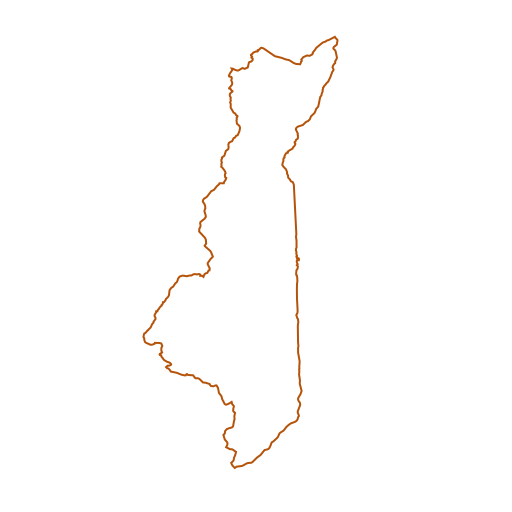 Guamal, Meta, Colombia, rotated 257°
{"feature_id": "7082276B65366960743298", "entity_name": "Guamal", "entity_type": "district", "adm_level": 2, "iso_a3": "COL", "parent_name": "Colombia", "parent_adm1": "Meta", "projection": "robinson", "projection_center": [-73.928, 3.941], "detail": "fine", "context": "isolated", "style": "outline", "palette": "amber", "viewbox_px": 512, "rotation_deg": 257, "n_neighbors": 0, "source": "geoboundaries", "source_scale": "gbopen_adm2", "svg_char_len": 6099}
<svg xmlns="http://www.w3.org/2000/svg" viewBox="0 0 512 512"><g transform="rotate(257 256 256)"><path d="M100.3,197.5L95.3,195.4L94.7,194.7L94.3,193.4L94.3,191.2L93.8,188.4L92.3,186.5L90.0,185.6L89.0,184.0L84.2,184.3L81.1,186.0L80.2,186.1L78.5,185.6L76.4,183.9L73.7,187.1L72.9,189.5L69.6,192.5L66.4,190.8L64.4,189.2L62.7,188.6L61.5,187.8L60.0,185.3L57.4,185.8L54.3,187.6L55.1,189.7L54.6,194.6L54.8,196.3L55.9,199.9L56.1,201.8L55.6,204.9L56.0,206.2L59.3,211.5L61.1,215.7L65.0,220.7L65.0,223.8L65.3,224.9L66.2,226.1L68.0,227.5L70.8,229.3L71.5,231.3L74.2,236.0L74.8,236.7L77.5,238.7L78.3,239.7L79.7,243.6L82.7,247.3L84.2,250.1L85.1,252.4L85.6,256.6L86.3,258.5L87.6,259.8L89.5,260.8L90.3,261.7L91.1,261.9L93.9,261.4L95.4,261.8L100.5,265.3L101.6,265.7L103.4,265.7L105.4,264.8L107.3,264.8L108.6,265.6L111.4,268.3L114.3,270.1L121.5,269.9L123.0,270.2L124.5,270.8L130.7,271.3L134.4,272.4L136.0,272.5L136.6,273.0L138.2,273.2L143.4,274.8L152.5,275.3L156.9,276.3L158.8,277.1L162.6,277.6L178.4,281.0L182.2,282.4L185.0,282.7L186.4,282.2L189.4,282.0L191.1,283.5L193.1,284.2L205.5,286.4L215.0,288.5L220.0,289.8L221.9,290.6L225.7,291.3L227.2,291.4L227.7,291.1L228.1,291.4L229.3,291.0L233.0,292.2L234.3,293.6L236.4,294.5L237.9,293.7L238.7,294.8L240.5,294.3L242.5,294.8L242.7,295.3L242.2,296.7L243.0,297.1L244.0,297.1L244.4,296.6L244.2,296.1L244.4,295.5L245.1,295.3L246.5,295.3L246.6,295.9L247.0,296.0L249.5,295.8L250.4,296.3L252.4,296.2L254.2,296.7L255.1,297.4L261.7,298.9L265.8,299.3L268.1,300.2L316.9,308.9L319.6,308.5L321.0,306.8L323.3,306.1L325.1,305.0L327.4,305.3L329.3,304.7L330.6,305.2L333.7,304.7L336.9,302.8L338.8,302.1L341.2,303.2L342.2,304.0L344.3,304.5L344.9,304.9L345.5,306.0L346.5,306.0L347.9,307.0L349.3,308.4L349.5,310.3L350.5,310.3L351.3,312.1L352.4,315.8L353.3,316.3L354.5,318.1L355.8,319.3L356.6,319.6L357.7,319.1L358.4,319.4L358.8,320.3L360.3,321.3L360.9,323.0L361.3,323.3L364.1,324.0L364.8,323.8L365.9,324.3L370.3,323.3L371.3,323.7L372.0,324.5L372.7,326.1L373.1,331.1L375.4,334.9L375.8,337.2L377.1,339.2L379.7,341.0L382.2,345.2L384.0,346.6L385.8,347.7L387.2,349.8L388.1,350.5L396.4,354.3L397.7,355.8L399.6,356.7L401.4,358.0L402.8,358.2L403.7,358.9L405.0,359.2L405.7,360.3L406.5,360.8L407.3,362.3L408.3,363.2L409.8,365.8L410.3,366.0L413.3,368.5L418.2,371.7L419.6,373.3L420.5,373.5L422.7,373.0L423.1,373.2L425.2,374.8L426.1,376.5L428.0,377.0L429.7,378.7L431.0,379.5L437.9,379.6L439.3,379.0L440.2,378.2L441.1,378.1L442.2,378.9L443.7,382.2L447.4,383.8L448.4,383.9L451.1,382.2L451.8,382.1L450.1,375.6L450.0,373.5L449.3,372.0L449.1,369.7L448.6,368.2L445.2,361.5L443.9,360.2L441.6,357.3L441.1,356.9L440.5,356.9L439.7,356.0L439.0,353.2L439.9,350.8L439.1,346.8L437.2,344.3L435.8,344.5L435.1,343.5L433.9,343.0L432.9,342.1L434.1,338.3L435.6,336.1L438.9,332.9L439.8,331.6L440.7,329.5L443.4,325.4L446.4,319.4L456.6,310.0L457.7,308.2L457.6,307.4L456.2,305.2L456.2,304.0L455.1,303.8L454.9,303.4L455.3,302.0L454.8,299.1L453.6,297.6L453.3,296.5L452.5,296.2L451.3,297.0L450.3,296.2L449.2,297.2L447.8,296.8L447.2,296.2L446.5,294.8L446.5,293.4L446.2,292.7L441.6,290.4L440.9,287.1L442.2,285.1L440.8,280.8L440.8,279.9L441.7,278.0L443.7,275.6L444.1,274.5L443.0,274.9L442.5,274.7L439.8,271.7L437.7,270.1L437.0,270.2L436.0,272.3L434.5,272.4L432.8,271.4L430.2,271.8L429.2,271.6L428.1,270.9L425.5,267.5L425.2,267.5L424.5,268.8L423.2,269.1L422.0,270.2L421.6,270.1L420.2,267.4L419.0,266.7L417.7,266.5L416.1,267.1L414.9,266.5L413.0,266.4L411.4,265.3L410.0,265.6L406.2,264.7L400.8,266.4L399.4,267.9L397.9,268.2L396.7,269.4L396.0,269.3L395.2,268.3L393.4,268.0L392.5,267.5L389.2,267.2L386.5,269.1L384.4,269.3L381.1,267.8L377.8,265.3L377.6,263.7L376.1,262.1L375.9,260.8L373.2,258.5L373.0,256.9L372.2,254.9L370.6,254.1L367.8,253.7L366.3,252.9L365.2,250.3L360.8,247.7L359.7,245.0L358.6,244.8L357.4,243.8L355.9,243.6L354.7,243.8L353.9,243.1L351.7,242.7L350.8,242.2L349.4,243.2L346.3,244.6L344.4,245.0L343.5,245.0L343.0,244.4L341.6,243.8L339.6,243.7L338.8,244.6L337.4,243.8L335.2,241.5L334.1,241.0L335.1,236.8L334.2,236.1L332.7,233.4L329.9,229.9L329.2,226.9L325.6,222.6L324.4,220.9L323.6,218.3L322.3,216.9L320.9,216.4L318.2,217.5L316.3,217.7L313.9,217.4L312.4,216.3L311.0,215.8L307.5,216.1L305.4,215.9L303.9,214.3L301.6,209.5L300.3,208.9L298.4,208.9L296.5,208.1L295.5,207.0L292.6,206.1L285.2,210.4L284.3,210.6L282.8,210.8L279.3,210.2L277.6,208.3L277.2,208.3L271.2,212.6L269.6,213.1L265.4,213.8L264.9,213.7L263.5,211.3L259.9,207.3L258.7,207.1L254.4,208.1L252.5,207.5L252.5,206.7L252.2,206.2L250.5,204.8L250.4,203.1L249.8,201.7L247.5,200.1L248.9,199.0L249.2,197.2L250.5,197.5L251.3,196.4L251.3,194.3L252.2,192.2L252.2,190.6L251.5,188.7L251.9,187.4L251.9,183.8L253.1,181.1L253.4,179.7L253.1,176.9L251.2,174.7L250.1,174.3L248.3,172.9L247.5,171.2L244.8,168.4L244.1,166.5L242.6,164.5L242.1,164.1L237.2,162.3L235.8,161.0L234.4,158.6L233.1,157.7L231.8,156.1L231.9,154.9L230.9,154.7L230.0,153.9L229.5,153.0L228.8,152.9L228.5,152.0L227.2,150.2L226.4,149.7L226.0,148.8L224.9,147.6L224.3,147.5L224.5,146.2L223.6,146.0L221.3,143.9L219.9,143.7L218.5,144.2L217.2,143.9L215.1,141.4L214.1,141.1L213.2,139.7L210.0,137.2L208.6,134.8L208.0,134.3L207.9,133.6L205.9,131.0L205.6,129.7L204.5,129.0L202.2,128.1L201.0,128.6L199.5,128.3L197.2,128.5L196.2,129.3L193.1,133.5L193.0,135.4L193.3,137.4L194.1,137.9L193.1,142.0L192.1,144.0L189.5,144.5L187.5,143.0L185.0,142.5L183.1,142.8L182.2,140.2L181.6,139.9L181.0,140.2L180.5,141.3L178.8,141.3L177.7,142.1L176.1,142.6L175.1,143.3L173.2,145.2L171.6,147.7L170.6,148.6L169.4,148.9L168.9,148.3L168.7,146.8L169.0,145.2L168.0,143.4L166.9,144.0L165.9,145.5L163.9,146.6L162.6,146.9L160.0,152.6L157.4,156.2L155.7,159.6L155.5,160.7L156.4,161.6L156.5,162.2L155.6,162.7L155.2,163.5L153.9,167.9L150.7,169.3L150.2,170.5L150.1,171.6L149.0,173.2L144.7,175.9L143.9,178.3L141.7,182.0L140.4,182.3L139.5,182.9L138.6,185.2L139.0,187.3L138.8,188.4L136.0,189.3L130.9,189.1L127.2,190.8L123.9,190.9L118.9,192.2L118.2,192.8L117.8,193.7L118.4,196.9L119.3,199.4L116.8,199.5L115.1,200.6L114.3,200.6L112.5,199.6L110.3,198.9L109.6,199.1L107.9,200.3L104.9,198.9L101.5,198.3L100.3,197.5Z" fill="none" stroke="#b45309" stroke-width="2"/></g></svg>